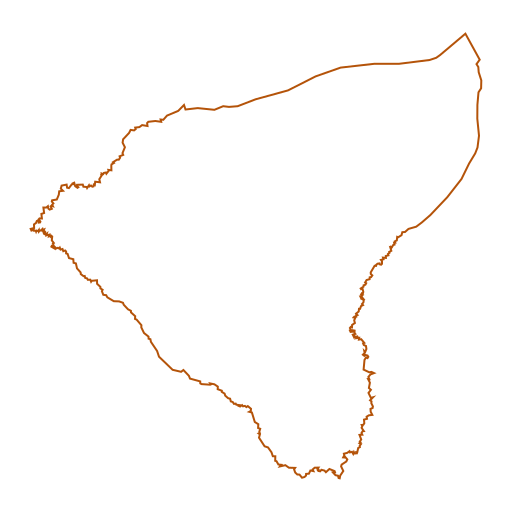 the district of Mercedes, Corrientes, Argentina
{"feature_id": "61730980B22210913388495", "entity_name": "Mercedes", "entity_type": "district", "adm_level": 2, "iso_a3": "ARG", "parent_name": "Argentina", "parent_adm1": "Corrientes", "projection": "albers", "projection_center": [-57.865, -29.122], "detail": "fine", "context": "isolated", "style": "outline", "palette": "amber", "viewbox_px": 512, "rotation_deg": 0, "n_neighbors": 0, "source": "geoboundaries", "source_scale": "gbopen_adm2", "svg_char_len": 5986}
<svg xmlns="http://www.w3.org/2000/svg" viewBox="0 0 512 512"><path d="M338.6,478.0L339.7,478.3L340.2,475.6L343.3,471.0L341.1,466.4L341.6,464.6L346.3,461.5L347.3,459.4L344.7,456.4L344.3,457.5L343.2,457.4L344.3,455.3L343.9,453.7L347.2,452.9L349.5,451.2L350.0,452.4L352.0,451.8L353.2,453.9L353.9,452.1L354.6,453.5L356.7,453.3L356.3,452.1L357.3,452.1L358.2,448.0L359.9,447.1L359.7,445.8L361.0,444.0L359.5,443.2L360.5,442.4L359.8,441.6L361.2,439.5L359.5,434.9L362.3,434.7L361.5,433.0L362.6,431.2L363.8,431.1L361.6,427.8L362.3,426.2L361.7,425.0L363.3,424.8L364.3,423.3L364.0,419.6L367.0,418.8L366.6,416.7L368.9,415.3L372.3,414.9L370.7,411.8L370.5,408.9L372.6,408.0L372.9,406.4L371.3,403.2L371.5,401.4L370.1,400.3L373.0,397.3L370.9,397.9L368.5,392.9L370.9,389.8L368.9,388.0L369.9,382.7L368.1,379.1L369.3,379.2L368.4,376.9L370.5,374.4L374.0,373.1L371.4,371.9L369.3,372.3L363.6,369.6L364.5,359.9L366.0,357.5L367.5,358.1L368.3,356.8L367.5,355.5L365.0,354.9L364.3,355.8L362.9,354.7L364.7,352.9L364.3,351.0L365.2,351.9L366.4,349.0L366.0,346.0L363.8,345.0L363.1,343.4L364.3,342.9L361.2,339.2L358.9,339.6L359.2,337.8L356.9,338.1L357.8,337.3L357.3,336.4L354.6,337.2L354.3,334.9L353.8,336.7L352.8,334.7L355.3,333.9L354.5,332.8L354.6,330.6L352.5,330.2L351.9,331.0L352.5,331.7L350.6,331.9L349.9,330.4L350.9,329.9L349.9,328.0L350.8,326.9L352.0,327.3L352.1,324.9L354.9,323.0L354.2,320.3L355.2,318.0L353.7,317.3L355.0,316.1L354.4,317.0L356.3,316.6L356.1,315.4L357.4,315.0L356.1,313.6L358.7,311.5L359.0,308.8L360.1,308.8L361.0,306.1L363.0,305.1L362.0,304.0L363.4,302.4L363.8,300.0L362.7,299.4L363.6,299.2L362.6,298.0L361.3,298.5L360.4,296.6L361.8,296.7L361.3,295.8L362.5,295.0L361.2,294.3L362.0,293.1L362.9,293.3L363.3,291.9L362.4,288.2L361.1,289.1L360.7,288.5L363.5,286.7L363.6,285.3L365.4,284.7L366.2,283.2L365.1,282.5L366.6,280.0L369.6,279.2L369.7,277.3L371.1,277.1L372.3,275.4L370.8,274.0L370.7,272.4L374.6,265.8L376.9,265.9L375.7,265.3L377.5,263.7L379.5,263.4L379.6,264.3L381.1,264.7L382.0,263.8L382.0,261.3L381.0,259.9L383.5,259.3L383.0,257.6L385.9,257.9L385.8,256.0L388.4,255.3L388.0,253.9L389.5,252.8L389.2,251.9L391.3,250.8L390.3,247.4L391.1,247.7L391.1,246.8L392.0,247.1L393.2,245.0L394.5,244.6L394.1,242.7L395.3,242.7L394.9,241.3L396.8,240.4L397.2,236.9L398.1,237.3L401.5,235.2L402.3,232.2L405.0,232.0L408.5,228.9L416.2,226.7L421.9,222.4L430.4,215.0L447.2,197.3L461.5,179.0L469.1,163.5L475.2,153.4L477.5,147.5L479.0,135.7L477.3,118.7L477.4,104.8L478.5,92.3L481.1,88.3L481.3,80.4L478.7,72.2L478.3,67.0L476.5,64.1L479.7,59.7L465.4,33.7L440.0,55.1L436.2,57.8L429.6,60.0L399.0,63.8L374.3,63.8L340.6,67.6L315.6,76.4L288.0,90.4L255.6,99.3L237.7,106.2L229.0,106.9L223.2,106.2L214.4,109.8L197.7,108.1L185.5,109.5L184.0,105.0L178.2,110.9L167.0,115.6L163.3,119.8L160.6,119.5L161.2,121.8L155.3,121.0L148.3,121.8L147.1,123.1L147.5,126.0L142.1,125.1L139.4,127.1L135.2,127.6L135.7,129.1L134.1,130.4L130.6,129.9L129.1,132.9L123.1,139.3L122.6,142.7L124.9,147.2L122.5,153.1L123.2,154.9L119.6,156.3L120.1,157.7L118.8,159.7L117.0,159.7L113.0,162.2L113.9,163.0L111.5,164.4L111.3,165.7L111.4,170.3L108.4,169.9L108.7,170.8L106.4,173.7L105.9,172.5L103.9,172.9L103.2,174.1L101.6,173.5L101.7,174.5L100.6,174.2L101.8,175.3L99.3,179.2L100.0,182.3L95.2,181.7L94.8,185.1L93.8,184.6L93.5,186.4L92.3,186.7L91.0,185.5L89.5,186.4L89.0,185.2L87.1,188.0L86.7,187.0L83.4,186.7L82.8,184.6L77.0,184.8L76.7,185.8L78.3,187.2L77.5,187.8L75.2,186.2L74.2,182.7L73.1,183.2L73.8,184.1L71.8,184.3L68.9,188.1L67.1,187.7L66.6,184.6L61.6,185.6L60.8,188.6L63.0,190.8L59.2,191.3L58.8,194.7L56.8,199.5L52.1,200.3L51.8,201.5L53.4,203.4L52.2,204.7L52.9,206.2L51.4,205.7L50.6,206.4L51.8,208.8L49.6,209.6L48.3,208.5L47.9,206.2L46.3,207.5L43.4,207.5L44.1,213.0L41.4,213.9L41.9,218.5L39.5,218.4L38.7,219.3L40.4,221.6L40.1,222.4L38.7,222.6L38.6,220.2L36.8,221.0L36.0,223.0L34.0,224.4L34.1,228.0L30.7,228.9L31.4,230.5L33.7,229.1L33.7,230.7L35.8,230.8L36.1,231.6L36.5,230.6L38.0,231.1L38.8,230.0L38.9,231.6L40.1,230.4L41.8,230.6L41.4,230.0L42.5,228.9L42.8,230.0L44.0,229.5L43.6,230.4L44.7,231.4L43.9,231.8L44.8,232.5L43.6,232.6L44.0,233.8L45.8,234.7L46.8,233.8L46.4,235.4L49.4,234.6L49.0,236.2L49.9,235.7L50.4,236.6L51.1,235.6L52.2,236.5L51.8,240.4L53.8,243.0L52.9,243.6L54.2,247.1L51.8,245.9L51.4,246.7L54.9,248.7L55.0,247.1L56.4,248.4L57.9,247.8L59.1,248.5L59.8,247.6L60.6,249.6L62.5,249.0L63.3,251.2L65.2,250.5L66.1,251.5L66.1,253.4L67.6,253.9L69.0,258.1L73.3,259.2L73.6,262.8L75.9,263.4L77.0,268.4L80.6,272.4L80.8,274.1L83.6,276.2L84.7,276.0L85.2,277.9L87.1,278.4L87.8,279.8L90.3,279.7L91.1,281.7L91.7,280.8L97.0,280.3L97.1,283.8L100.4,286.9L100.4,288.4L102.6,289.8L101.9,291.2L103.3,294.8L106.2,295.2L107.3,297.3L113.8,301.2L119.1,301.4L123.0,302.8L123.7,304.7L128.0,309.3L130.9,310.8L131.0,312.4L135.2,316.2L135.0,318.9L136.6,319.6L141.4,325.2L141.3,327.4L144.0,333.0L148.5,336.6L148.6,338.7L150.4,339.2L150.9,341.8L157.1,351.0L159.0,356.7L172.6,369.8L181.1,371.8L183.4,370.0L188.9,375.8L190.0,378.6L200.2,381.4L200.3,383.4L201.5,384.1L210.2,384.7L211.1,384.3L210.5,383.5L214.4,384.3L217.8,386.6L217.7,389.2L221.8,390.7L221.8,391.9L224.6,393.6L225.2,395.6L228.1,398.2L230.1,398.7L230.8,401.4L232.7,402.0L234.0,403.9L235.7,403.6L236.3,404.7L239.3,405.1L238.7,405.9L240.1,406.5L242.1,405.1L243.0,406.3L244.9,405.9L246.4,407.1L247.8,406.1L251.0,408.8L250.8,411.0L249.3,411.8L251.9,412.5L254.8,422.0L258.3,424.2L258.1,428.0L260.2,428.8L259.3,431.8L259.8,433.1L258.7,433.5L259.9,434.4L259.0,437.7L264.6,446.3L268.0,447.4L271.5,452.3L272.8,456.2L275.3,456.3L275.2,460.8L276.5,461.2L278.4,464.5L281.2,464.8L280.0,466.4L285.4,465.2L288.9,467.7L295.1,467.9L294.1,469.4L295.2,472.5L297.3,474.5L299.5,474.6L302.0,477.7L304.5,477.0L306.0,475.6L306.1,473.9L308.9,473.7L310.4,470.5L313.4,471.1L312.6,469.5L314.7,467.7L318.4,467.6L317.5,468.9L318.5,469.5L317.9,470.5L318.5,471.0L320.2,471.3L321.4,469.8L324.5,470.6L325.9,472.2L329.4,469.0L334.6,471.1L335.0,472.3L333.0,472.5L335.5,475.2L338.0,475.7L338.6,478.0Z" fill="none" stroke="#b45309" stroke-width="2"/></svg>